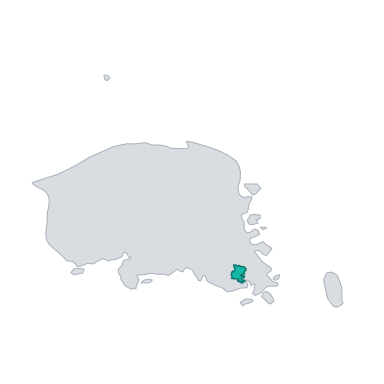 Naju-si, South Jeolla, South Korea (highlighted), rotated 275°
{"feature_id": "91817680B40505476377979", "entity_name": "Naju-si", "entity_type": "district", "adm_level": 2, "iso_a3": "KOR", "parent_name": "South Korea", "parent_adm1": "South Jeolla", "projection": "equal_earth", "projection_center": [126.711, 34.984], "detail": "fine", "context": "in_parent", "style": "filled", "palette": "teal", "viewbox_px": 384, "rotation_deg": 275, "n_neighbors": 0, "source": "geoboundaries", "source_scale": "gbopen_adm2", "svg_char_len": 4543}
<svg xmlns="http://www.w3.org/2000/svg" viewBox="0 0 384 384"><g transform="rotate(275 192 192)"><path d="M111.0,80.8L112.4,79.7L112.5,78.1L112.5,72.9L116.3,69.3L121.8,61.9L124.5,57.9L127.6,54.1L131.1,51.6L134.6,50.4L140.1,49.9L150.6,50.4L152.6,50.0L160.0,49.6L161.7,50.2L167.0,50.7L172.9,50.2L175.8,49.1L178.6,47.2L180.9,43.9L183.4,37.7L186.0,32.8L187.5,31.9L198.5,57.9L208.9,74.7L217.8,86.9L230.6,110.4L234.4,123.0L234.9,130.8L237.1,141.6L235.4,147.8L236.0,157.6L235.3,162.6L233.8,166.3L233.8,173.4L234.4,177.2L234.5,182.2L235.5,184.2L236.9,184.9L239.2,183.1L242.0,182.3L241.6,188.4L238.4,203.8L235.5,215.0L231.6,224.8L226.6,233.7L220.4,237.2L216.1,238.5L207.9,238.9L201.0,237.4L195.1,238.5L192.7,240.4L191.0,243.6L192.3,248.6L192.2,252.2L189.7,251.9L184.6,249.8L179.1,249.5L176.5,248.5L173.8,243.2L171.2,243.4L166.6,246.5L159.5,247.2L157.0,248.9L156.1,251.1L157.1,253.8L160.7,257.5L159.5,261.1L155.8,263.0L152.8,258.4L150.9,254.0L148.8,253.8L145.5,255.0L144.9,259.8L146.4,263.1L148.9,266.8L145.5,271.2L144.5,274.3L142.0,276.5L135.2,271.5L136.2,268.0L139.1,264.7L139.5,261.2L138.5,259.1L128.8,267.9L122.8,277.9L119.6,277.2L118.3,274.6L116.4,273.6L109.9,280.0L108.7,285.2L106.3,285.4L105.3,283.2L105.2,278.6L104.1,274.6L97.4,268.9L94.4,264.0L96.0,261.2L101.6,262.7L106.1,262.5L105.2,260.1L103.7,259.0L106.7,257.7L109.1,255.0L107.1,254.2L104.0,255.8L101.4,255.0L100.4,248.5L97.2,241.8L95.6,235.4L98.7,231.6L100.3,225.9L103.2,217.5L104.7,214.8L108.7,212.8L110.1,210.6L107.9,209.5L104.4,208.6L104.5,206.1L106.9,204.8L109.5,202.2L114.7,198.9L116.3,192.9L114.8,191.3L111.6,189.9L112.3,186.8L113.6,184.5L113.2,183.1L109.4,179.1L106.8,175.5L107.6,171.4L107.0,165.2L107.4,160.0L107.2,157.1L105.3,150.8L104.5,144.4L102.1,145.4L100.1,146.9L93.1,144.7L90.9,144.6L90.0,139.9L92.5,134.0L98.5,128.9L101.9,128.3L104.5,126.0L108.5,125.3L113.4,128.8L117.7,129.5L120.1,135.5L121.6,136.8L121.9,134.6L125.4,132.0L126.2,130.0L125.5,129.0L121.4,127.9L117.8,120.5L117.3,117.2L116.0,115.1L118.0,109.2L113.8,102.5L111.7,100.3L112.0,94.3L109.9,90.4L108.7,88.3L107.9,84.6L108.5,83.0L110.4,82.3L111.0,80.8ZM97.0,350.7L95.0,352.1L93.1,351.3L92.6,350.6L90.3,347.2L89.8,345.4L91.3,342.0L97.6,336.5L113.7,331.2L116.6,330.9L123.0,333.2L124.4,337.5L123.2,341.2L121.8,343.7L114.3,347.8L108.6,349.8L97.0,350.7ZM205.6,256.5L201.3,260.2L195.6,255.3L194.2,252.5L198.5,248.5L202.2,244.0L204.6,243.7L205.6,256.5ZM175.2,256.1L174.8,261.9L171.6,262.2L169.7,258.4L167.7,260.3L166.6,260.3L165.0,255.6L164.7,252.0L168.5,249.2L170.7,250.9L174.0,251.7L175.2,256.1ZM93.0,282.0L90.1,282.9L88.5,280.9L87.3,280.3L88.0,277.6L92.7,272.3L93.6,270.5L97.9,271.6L99.5,274.4L97.5,278.7L93.0,282.0ZM106.0,83.4L105.8,91.1L103.4,90.8L101.7,90.0L101.0,88.5L99.3,81.4L101.2,78.4L104.8,80.8L106.0,83.4ZM90.2,260.5L89.6,262.0L87.7,261.5L85.7,257.4L84.9,254.2L82.9,252.4L86.1,249.6L90.1,254.6L90.2,260.5ZM101.4,156.3L100.8,160.1L97.8,157.6L97.0,149.2L100.0,151.7L101.4,156.3ZM300.4,98.5L298.4,100.2L296.0,98.5L295.7,96.7L296.9,95.1L299.8,94.1L301.1,95.5L300.4,98.5ZM116.3,283.6L117.1,286.4L113.4,285.9L111.5,283.2L111.8,280.8L113.9,280.5L116.3,283.6ZM163.3,267.4L162.8,269.3L160.5,266.5L162.8,263.4L163.3,267.4Z" fill="#d9dde1" stroke="#a8b0b8" stroke-width="1"/><path d="M123.0,240.1L121.5,240.4L121.0,240.5L120.2,240.7L119.7,241.2L119.2,241.5L118.6,241.6L117.8,241.6L117.5,241.4L117.1,241.3L116.6,240.9L116.3,240.4L116.8,240.1L116.7,239.4L116.2,239.0L115.6,238.7L114.8,238.6L114.0,238.3L113.4,238.5L112.9,238.5L112.7,238.5L112.1,238.6L111.6,239.0L110.9,239.4L110.4,239.5L110.0,239.1L109.6,238.9L109.3,239.9L109.3,240.8L109.3,242.9L109.5,244.1L109.5,244.7L108.9,245.9L108.3,246.4L108.2,246.2L107.7,245.2L107.1,245.6L106.9,246.1L106.8,246.4L106.8,246.9L106.5,247.8L106.5,248.3L107.0,248.8L106.9,249.3L106.6,249.7L105.8,249.5L106.3,250.7L106.7,251.3L107.5,251.8L107.8,252.4L108.1,252.6L108.6,252.2L108.7,251.2L108.7,250.2L108.8,249.5L109.4,249.2L109.9,248.9L110.6,249.0L111.0,249.5L111.1,250.1L111.0,250.8L111.4,251.4L112.3,251.6L113.0,251.5L113.2,251.2L113.2,250.5L113.2,250.0L113.2,249.4L113.1,249.0L112.6,248.6L112.6,248.1L113.2,247.9L113.9,247.9L114.1,248.6L114.1,249.2L114.9,250.0L115.0,250.8L115.4,251.5L116.1,250.8L117.1,250.9L117.5,251.0L117.9,251.6L118.5,252.4L119.4,252.5L120.4,252.3L120.8,251.5L121.2,251.2L121.7,250.9L122.0,250.5L122.0,249.8L122.0,248.8L122.1,247.1L122.2,246.6L122.6,246.2L122.8,245.7L122.9,245.1L122.5,244.7L121.9,244.3L122.3,243.3L122.7,243.0L122.8,242.4L123.1,241.7L123.0,241.3L122.7,240.8L123.0,240.1L123.0,240.1Z" fill="#14b8a6" stroke="#0f766e" stroke-width="1.5"/></g></svg>